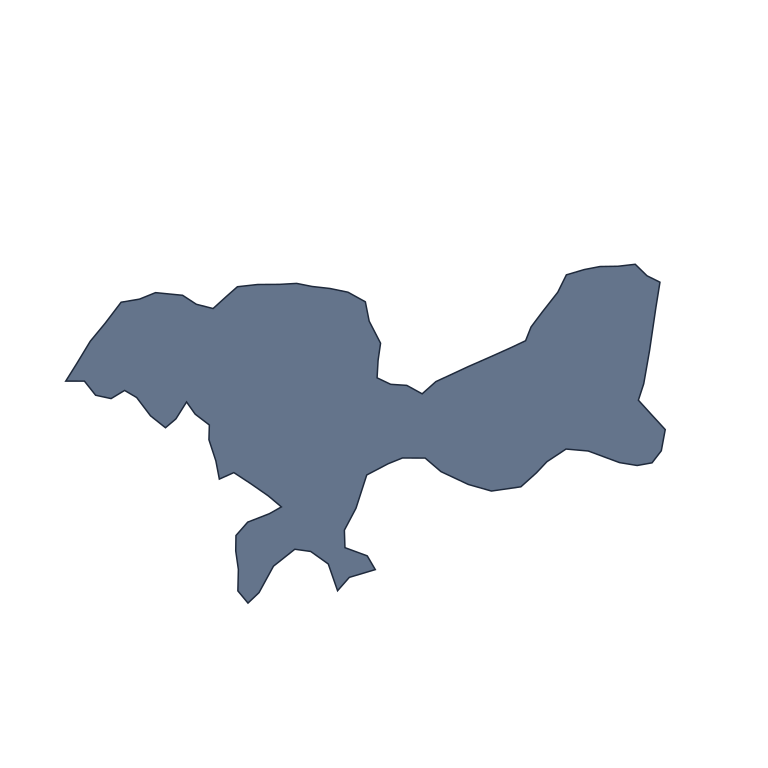 outline of Potim, São Paulo, Brazil, rotated 338°
{"feature_id": "56859067B20818489532691", "entity_name": "Potim", "entity_type": "district", "adm_level": 2, "iso_a3": "BRA", "parent_name": "Brazil", "parent_adm1": "São Paulo", "projection": "albers", "projection_center": [-45.306, -22.823], "detail": "fine", "context": "isolated", "style": "filled", "palette": "slate", "viewbox_px": 768, "rotation_deg": 338, "n_neighbors": 0, "source": "geoboundaries", "source_scale": "gbopen_adm2", "svg_char_len": 1394}
<svg xmlns="http://www.w3.org/2000/svg" viewBox="0 0 768 768"><g transform="rotate(338 384 384)"><path d="M678.0,393.0L668.4,382.2L661.8,367.1L645.1,362.5L628.3,356.0L612.5,352.9L594.0,351.1L579.5,364.0L557.6,376.6L541.7,386.2L531.5,396.9L513.9,397.9L489.2,398.8L468.8,399.4L433.0,401.2L415.7,407.4L404.6,393.8L390.1,386.8L379.9,375.7L387.3,360.0L396.1,344.9L393.8,320.2L397.5,300.8L385.0,285.4L369.7,275.2L353.8,266.6L340.7,258.0L324.5,252.5L304.1,244.4L284.5,238.9L270.6,243.8L253.8,250.0L239.9,239.8L230.5,226.3L206.4,213.7L189.1,213.7L170.9,209.7L148.2,223.2L127.7,234.3L106.7,250.0L90.0,262.1L107.3,269.1L112.4,286.4L125.5,295.3L141.1,292.8L149.6,303.9L155.6,326.1L165.0,342.7L178.0,338.4L194.2,326.7L197.6,341.2L206.7,356.6L200.8,370.1L199.3,392.3L195.7,410.5L211.6,409.9L223.5,427.1L234.8,444.4L242.8,459.5L229.2,461.3L205.9,461.0L190.0,469.0L184.0,483.2L179.5,501.4L171.0,521.1L175.8,536.2L190.0,530.6L213.3,511.5L239.4,503.8L253.3,511.8L264.9,530.0L263.5,558.3L279.4,550.3L306.4,552.8L304.1,537.1L286.5,521.1L292.5,504.7L311.5,488.7L333.9,461.9L358.0,459.5L373.4,459.5L394.4,468.1L404.0,486.6L414.3,497.7L424.5,508.7L443.5,523.5L472.4,530.6L492.0,523.5L505.9,517.1L528.4,512.5L548.2,522.6L572.9,545.1L588.2,554.4L603.0,557.5L616.1,549.8L627.7,531.6L620.3,511.9L613.8,494.3L624.9,481.1L642.8,452.4L665.0,414.5L678.0,393.0Z" fill="#64748b" stroke="#1e293b" stroke-width="1.5"/></g></svg>